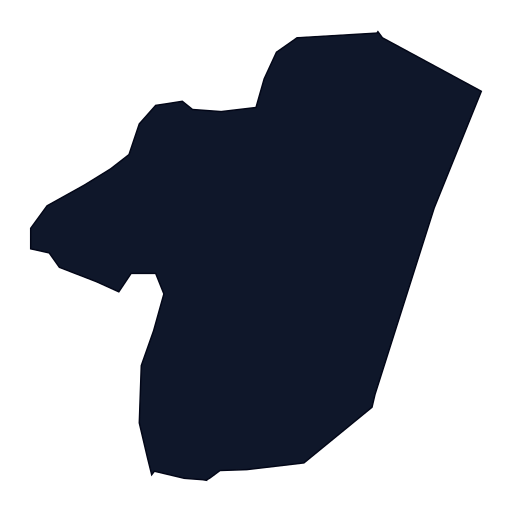 Hjo, Västra Götaland, Sweden (Mercator projection)
{"feature_id": "70781695B53745153341539", "entity_name": "Hjo", "entity_type": "district", "adm_level": 2, "iso_a3": "SWE", "parent_name": "Sweden", "parent_adm1": "Västra Götaland", "projection": "mercator", "projection_center": [14.228, 58.294], "detail": "fine", "context": "isolated", "style": "filled", "palette": "ink", "viewbox_px": 512, "rotation_deg": 0, "n_neighbors": 0, "source": "geoboundaries", "source_scale": "gbopen_adm2", "svg_char_len": 693}
<svg xmlns="http://www.w3.org/2000/svg" viewBox="0 0 512 512"><path d="M302.8,463.0L303.9,462.9L372.0,407.2L375.0,394.4L434.2,207.9L481.3,91.3L382.4,37.8L377.9,31.7L376.9,33.1L297.0,37.8L293.1,40.6L276.5,52.2L264.2,78.8L256.0,107.5L221.2,111.6L192.5,109.5L182.3,101.3L167.1,103.7L155.7,105.4L139.3,123.9L129.0,154.6L110.6,168.9L84.0,185.3L47.1,205.8L30.7,228.3L30.7,248.8L49.2,252.9L59.4,267.3L96.3,281.6L118.8,291.8L131.1,273.4L155.7,273.4L163.9,293.9L153.6,330.8L141.3,365.6L139.3,422.9L147.5,457.8L151.7,474.7L154.4,471.2L184.3,478.3L202.9,479.7L205.8,480.2L206.6,480.3L206.6,479.9L209.9,478.0L220.0,470.5L246.8,469.6L302.8,463.0Z" fill="#0f172a" stroke="#020617" stroke-width="1.5"/></svg>